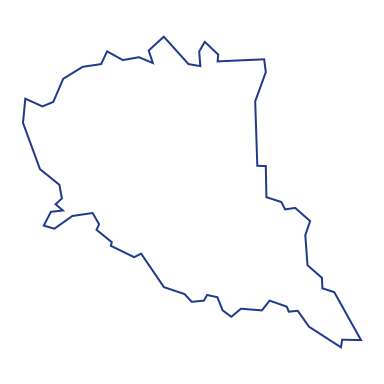 Cheshinovo - Obleshevo, Češinovo-Obleševo, North Macedonia
{"feature_id": "65306769B60953626693828", "entity_name": "Cheshinovo - Obleshevo", "entity_type": "district", "adm_level": 2, "iso_a3": "MKD", "parent_name": "North Macedonia", "parent_adm1": "Češinovo-Obleševo", "projection": "equal_earth", "projection_center": [22.304, 41.875], "detail": "fine", "context": "isolated", "style": "outline", "palette": "blue", "viewbox_px": 384, "rotation_deg": 0, "n_neighbors": 0, "source": "geoboundaries", "source_scale": "gbopen_adm2", "svg_char_len": 919}
<svg xmlns="http://www.w3.org/2000/svg" viewBox="0 0 384 384"><path d="M310.1,221.1L295.2,207.9L285.1,209.4L281.3,202.0L266.4,197.2L265.8,166.1L257.3,165.8L255.2,101.4L265.8,72.1L264.2,59.3L217.6,61.4L218.2,54.6L204.8,41.9L199.2,51.5L200.3,66.1L188.5,64.1L163.8,36.7L148.7,50.5L152.8,63.0L138.9,57.2L122.9,60.1L107.1,51.4L101.1,64.1L82.7,66.8L63.2,78.8L53.3,101.9L42.4,106.4L25.3,98.7L23.0,122.9L40.0,169.2L59.4,184.8L61.9,198.5L55.6,204.2L62.9,210.5L50.9,211.8L43.8,225.6L54.4,228.7L72.3,216.0L92.6,213.0L99.1,224.3L96.5,229.8L111.8,242.2L110.8,245.8L134.2,257.2L141.1,253.6L163.9,287.1L184.6,294.1L191.7,301.8L203.8,300.7L207.1,295.0L217.4,297.2L222.6,310.3L231.3,316.8L241.0,308.7L261.9,310.4L269.6,300.6L286.8,306.7L288.8,311.7L297.7,310.8L309.1,326.8L340.9,347.3L342.2,339.7L361.0,340.1L334.3,292.2L322.4,288.3L321.9,277.9L307.5,265.2L305.3,235.2L310.1,221.1Z" fill="none" stroke="#1e3a8a" stroke-width="2"/></svg>